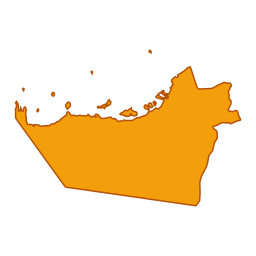 outline of Abu Dhabi
{"feature_id": "ARE-349", "entity_name": "Abu Dhabi", "entity_type": "Emirate", "adm_level": 1, "iso_a3": "ARE", "parent_name": "United Arab Emirates", "parent_adm1": "", "projection": "robinson", "projection_center": [53.623, 23.935], "detail": "fine", "context": "isolated", "style": "filled", "palette": "amber", "viewbox_px": 256, "rotation_deg": 0, "n_neighbors": 0, "source": "natural_earth", "source_scale": "10m", "svg_char_len": 5806}
<svg xmlns="http://www.w3.org/2000/svg" viewBox="0 0 256 256"><path d="M230.4,83.2L231.2,85.0L231.4,86.2L230.0,87.5L229.7,89.5L228.9,90.3L228.4,91.2L228.5,92.4L229.1,94.9L229.0,98.1L229.2,99.0L229.5,99.4L230.6,100.2L230.9,100.7L231.1,101.2L230.9,104.0L230.6,104.9L228.6,108.6L228.2,109.7L228.3,110.6L228.9,110.9L232.1,111.6L232.9,111.7L235.8,110.4L237.3,111.1L238.1,113.2L238.7,115.8L240.6,119.4L240.1,120.3L236.9,121.1L230.9,123.7L230.0,123.6L228.7,122.5L227.8,122.7L226.9,123.0L226.1,123.0L224.5,122.7L222.8,122.7L221.3,123.0L220.0,123.6L217.5,125.0L215.3,125.9L213.1,126.3L212.9,127.2L213.4,128.3L214.2,129.1L216.1,130.3L216.9,131.6L217.1,133.3L217.3,137.8L217.1,138.5L214.7,142.3L214.3,143.3L212.6,150.6L211.9,151.8L210.0,154.0L209.1,155.5L208.5,157.5L207.5,163.4L206.3,167.0L201.5,176.1L199.9,181.8L199.8,183.5L200.1,192.2L199.6,200.8L196.2,205.5L195.4,205.7L66.8,187.3L65.5,186.9L64.5,185.9L16.6,119.5L15.8,118.2L15.5,116.6L15.7,111.3L15.4,109.0L16.4,107.4L16.5,104.8L15.6,102.6L16.6,101.4L17.1,102.4L18.1,104.1L18.4,105.3L18.3,108.7L18.7,110.8L19.4,111.3L20.1,110.4L20.6,107.7L21.0,108.5L21.5,110.3L21.8,110.9L22.0,111.1L22.5,111.1L22.9,111.0L23.2,110.7L23.3,110.4L23.1,110.3L24.0,107.8L25.0,107.0L26.0,108.7L26.2,110.0L25.7,113.7L25.7,115.1L26.3,118.0L26.3,120.7L26.4,121.3L26.9,122.5L27.0,123.1L27.5,124.1L28.7,124.5L31.2,124.5L31.8,124.7L32.3,125.0L33.6,126.3L34.0,126.3L34.1,126.0L33.8,125.5L33.7,124.9L34.8,124.7L37.7,124.9L38.1,124.8L38.4,124.9L39.1,125.5L40.6,126.3L43.2,125.9L44.1,126.1L44.6,125.8L45.1,126.1L45.9,125.7L48.6,125.7L49.5,125.4L51.4,124.1L52.3,123.9L53.9,123.9L54.6,123.7L56.5,121.9L58.0,121.5L59.0,121.1L59.8,120.5L60.5,119.2L62.0,118.5L64.3,116.4L65.2,115.8L65.9,115.6L66.5,115.2L66.8,112.4L67.8,111.8L68.7,112.1L69.5,112.9L71.3,115.6L71.9,115.8L72.3,115.4L72.7,115.2L73.9,115.2L76.0,115.9L77.1,116.0L77.7,115.9L79.4,115.2L79.9,115.2L81.1,115.6L85.4,116.0L87.7,115.2L88.0,115.0L88.1,114.4L88.4,114.4L88.7,114.6L89.1,115.2L90.6,116.5L91.5,117.0L93.6,116.0L94.6,116.4L95.6,117.0L96.4,116.8L95.7,116.4L95.5,115.8L95.4,114.4L96.5,114.1L97.9,114.7L99.1,115.8L99.9,116.8L100.6,118.0L101.0,118.3L103.8,118.5L110.4,117.1L110.8,117.1L111.2,117.4L111.9,118.2L112.5,118.6L113.2,118.8L114.0,118.8L114.5,118.4L115.5,119.2L116.5,119.7L117.3,121.0L117.7,121.3L118.1,121.4L119.3,121.3L120.1,120.8L121.5,121.3L123.9,120.0L125.4,120.5L131.6,120.5L132.8,120.3L133.4,119.8L136.5,118.0L139.7,117.5L140.7,116.9L141.8,116.7L143.1,116.0L145.2,115.6L146.8,114.4L147.6,113.5L148.0,112.6L148.5,112.1L151.8,111.1L154.5,109.0L155.0,108.9L155.4,108.2L156.4,108.2L158.4,109.1L158.8,108.5L160.7,106.9L161.7,105.5L163.7,101.2L163.4,99.7L163.5,99.0L164.4,98.6L163.7,98.2L163.7,97.8L164.5,97.8L165.7,98.5L166.5,98.6L166.1,97.9L165.3,96.8L165.1,96.1L167.4,97.1L167.9,97.8L168.2,97.8L168.0,96.2L167.1,95.7L165.7,95.6L164.4,95.3L161.4,93.2L160.2,92.9L160.2,92.5L160.8,92.4L161.4,91.9L161.9,91.3L162.2,92.1L162.6,92.5L162.5,91.9L162.7,91.4L163.3,90.5L163.7,90.5L164.1,92.1L165.0,93.7L166.3,94.7L167.5,94.5L166.4,93.7L167.0,93.7L168.1,94.1L168.6,94.1L169.2,93.1L169.4,92.9L171.3,88.8L170.5,88.5L170.1,87.9L170.3,87.5L171.1,87.3L171.7,86.9L171.8,86.1L172.1,85.3L173.1,84.8L173.1,84.4L172.6,84.1L172.0,82.0L172.3,81.6L171.5,80.9L171.7,79.9L172.1,79.4L174.1,77.9L174.6,77.0L174.9,76.7L176.5,77.5L177.3,77.3L178.0,76.8L178.3,76.0L177.6,75.1L183.1,71.7L185.6,69.8L187.1,68.2L188.1,67.5L190.1,66.9L190.5,67.5L196.8,86.5L197.3,87.7L198.0,88.5L198.9,88.9L200.0,89.0L210.8,88.5L212.2,88.2L213.7,87.6L217.1,85.5L222.7,83.1L223.9,82.3L227.9,83.3L229.9,83.3L230.4,83.2ZM122.9,114.9L120.7,114.7L120.1,114.5L120.1,114.0L120.8,113.2L121.5,112.7L123.3,112.0L124.2,111.0L124.9,110.6L125.7,110.3L126.2,110.3L127.3,110.7L127.7,110.6L128.9,109.5L130.8,108.5L131.3,107.9L131.5,108.6L131.3,109.1L132.0,110.3L133.5,111.3L135.3,111.7L136.7,112.3L137.2,114.0L136.5,115.3L134.9,115.9L133.1,115.8L131.6,115.2L131.7,114.6L131.3,113.9L130.7,113.7L130.2,114.8L130.6,115.2L129.2,116.1L127.5,116.5L125.8,116.3L122.9,114.9ZM104.5,108.6L103.8,107.7L103.1,107.6L102.2,107.1L101.7,108.0L99.0,107.6L97.6,107.9L97.5,107.6L97.5,107.2L97.9,106.4L98.0,106.3L99.9,106.7L100.4,106.6L101.7,106.0L102.3,105.5L104.9,104.3L105.3,104.3L105.8,105.3L106.3,105.5L106.8,105.3L106.9,104.7L106.8,104.0L106.5,103.4L108.4,100.4L109.3,99.8L109.7,101.0L110.9,101.7L110.5,104.0L109.9,104.7L107.9,105.7L106.9,106.4L105.7,106.5L105.0,107.1L105.0,107.8L104.5,108.6ZM65.7,104.9L67.1,102.9L68.4,102.1L69.5,102.5L70.1,103.4L70.4,105.0L70.3,105.9L69.2,107.4L67.4,109.2L66.7,108.4L65.6,106.0L65.7,104.9ZM160.9,99.0L156.0,97.4L156.0,96.5L158.1,94.4L158.8,93.3L159.1,93.3L158.8,94.5L159.1,95.6L160.0,96.4L161.9,97.4L162.9,98.4L162.9,99.1L162.2,99.3L160.9,99.0ZM148.7,110.7L148.2,109.7L147.1,109.2L145.8,108.8L144.7,108.1L144.2,106.6L144.8,105.3L145.9,104.9L146.6,105.5L148.6,107.8L149.1,109.2L148.7,110.7ZM152.5,106.8L152.1,107.2L151.2,107.6L150.6,107.5L150.3,107.4L149.4,106.3L148.3,105.6L148.1,105.2L148.4,104.3L148.7,103.7L149.3,103.3L150.1,103.0L150.8,103.0L151.8,104.9L152.9,106.3L152.5,106.8ZM53.1,92.3L54.2,93.1L54.5,94.5L53.9,95.8L53.3,96.1L52.5,95.6L51.7,94.8L51.7,94.0L52.5,92.7L53.1,92.3ZM155.6,102.1L156.0,102.7L156.1,103.5L155.5,105.2L154.7,105.6L153.3,103.0L153.2,102.6L153.5,102.6L154.1,102.7L154.8,103.2L154.9,102.9L154.7,102.6L154.0,102.0L153.8,101.4L154.5,101.4L155.6,102.1ZM149.7,50.3L150.7,50.7L151.1,52.7L150.5,52.4L149.8,52.4L149.0,51.4L149.7,50.3ZM37.5,109.2L38.1,109.0L38.6,109.6L38.4,110.1L38.5,110.3L38.2,111.1L37.7,111.7L37.0,111.2L37.2,110.8L37.2,110.2L37.5,109.2ZM91.3,71.4L92.2,71.5L92.4,72.5L92.2,73.7L91.9,73.4L91.8,73.1L91.4,72.6L91.1,71.8L91.3,71.4ZM23.3,88.3L23.9,88.7L24.1,89.3L23.6,90.8L23.3,90.5L23.3,89.7L23.4,89.4L23.2,89.5L23.2,89.0L23.0,89.4L22.7,89.2L22.7,88.6L23.1,88.3L23.3,88.3Z" fill="#f59e0b" stroke="#b45309" stroke-width="1.5"/></svg>